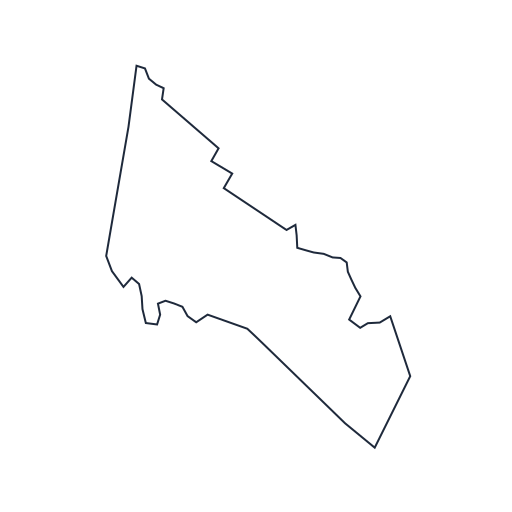 the district of Pinheiro Preto, Santa Catarina, Brazil, rotated 208°
{"feature_id": "56859067B21273209353903", "entity_name": "Pinheiro Preto", "entity_type": "district", "adm_level": 2, "iso_a3": "BRA", "parent_name": "Brazil", "parent_adm1": "Santa Catarina", "projection": "equal_earth", "projection_center": [-51.235, -27.055], "detail": "fine", "context": "isolated", "style": "outline", "palette": "slate", "viewbox_px": 512, "rotation_deg": 208, "n_neighbors": 0, "source": "geoboundaries", "source_scale": "gbopen_adm2", "svg_char_len": 823}
<svg xmlns="http://www.w3.org/2000/svg" viewBox="0 0 512 512"><g transform="rotate(208 256 256)"><path d="M109.2,265.8L115.5,255.3L125.7,249.2L130.3,241.5L143.9,243.6L144.8,269.4L153.4,274.5L160.8,280.0L167.5,285.2L172.9,292.9L180.5,293.9L187.7,290.7L197.2,289.7L206.7,286.2L213.9,284.6L223.4,282.6L229.8,293.3L235.8,302.0L241.3,293.3L316.3,300.8L315.7,317.6L340.0,318.8L339.6,333.5L412.5,350.1L416.3,360.8L424.6,360.4L433.8,362.3L442.1,369.5L450.8,367.9L429.2,310.1L399.5,219.7L388.3,185.7L376.1,175.0L358.5,166.5L355.6,178.5L346.1,176.4L338.1,166.9L331.3,155.8L321.8,145.1L311.2,149.1L313.1,159.2L320.2,167.9L314.9,174.0L306.1,175.6L297.1,176.6L288.2,170.8L277.7,169.4L271.2,181.5L229.5,187.7L218.5,184.7L202.4,180.1L98.8,150.1L61.2,142.5L63.4,222.3L109.2,265.8Z" fill="none" stroke="#1e293b" stroke-width="2"/></g></svg>